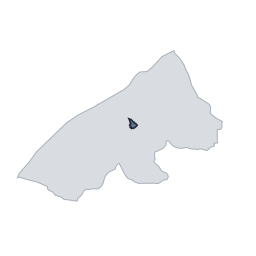 Kokoyah, Bong, Liberia (highlighted), rotated 108°
{"feature_id": "62588387B51807838510700", "entity_name": "Kokoyah", "entity_type": "district", "adm_level": 2, "iso_a3": "LBR", "parent_name": "Liberia", "parent_adm1": "Bong", "projection": "mercator", "projection_center": [-9.579, 6.517], "detail": "fine", "context": "in_parent", "style": "filled", "palette": "slate", "viewbox_px": 256, "rotation_deg": 108, "n_neighbors": 0, "source": "geoboundaries", "source_scale": "gbopen_adm2", "svg_char_len": 3319}
<svg xmlns="http://www.w3.org/2000/svg" viewBox="0 0 256 256"><g transform="rotate(108 128 128)"><path d="M40.3,108.3L42.6,106.4L45.9,100.2L50.6,94.3L54.9,90.8L58.3,87.2L62.0,84.4L67.2,81.1L75.2,72.6L77.0,71.6L78.3,65.7L80.3,58.2L82.6,55.8L88.0,54.5L89.3,53.1L91.2,47.8L92.5,41.7L92.6,40.3L94.7,40.2L98.4,38.8L100.5,39.4L101.4,41.2L101.9,42.7L113.0,38.9L114.0,38.1L114.6,38.2L116.0,41.7L116.8,41.5L117.4,40.4L118.2,40.4L119.0,40.8L119.9,42.4L121.3,43.9L123.7,44.9L125.2,46.3L125.1,50.0L125.7,53.6L126.7,54.5L127.3,56.6L127.5,59.0L128.1,60.2L128.5,62.6L128.3,65.2L128.7,67.0L130.5,70.1L131.6,74.0L131.6,76.8L131.0,79.7L129.8,82.4L127.7,85.3L127.6,86.4L128.8,87.2L130.6,87.3L132.2,86.7L136.1,88.1L138.2,90.0L140.0,92.3L141.6,93.5L142.3,95.0L145.1,94.6L148.4,93.2L149.0,92.5L150.0,92.9L152.1,93.0L153.5,90.4L154.7,87.4L157.2,84.2L158.5,83.0L158.8,80.9L158.9,78.3L159.8,75.9L161.9,74.7L164.1,74.7L165.3,75.2L166.0,77.4L167.8,79.1L169.3,80.3L170.1,80.8L171.4,82.1L172.6,86.6L177.4,101.1L177.2,105.1L176.2,107.7L176.2,110.3L175.9,112.8L172.9,117.0L164.3,125.5L165.0,126.2L167.0,127.2L169.1,127.7L170.9,127.4L173.0,129.5L175.3,132.2L177.8,133.6L181.4,134.8L184.5,134.9L187.1,134.5L190.8,135.0L194.8,137.2L196.2,140.8L197.2,144.0L198.6,145.6L198.7,148.3L201.6,150.7L205.6,151.2L210.8,154.1L212.1,153.9L212.7,153.6L213.4,154.1L214.7,162.2L215.7,166.6L215.1,168.3L214.4,169.7L214.4,176.3L212.0,180.0L211.7,184.2L211.0,185.5L208.5,186.7L208.4,189.9L207.8,193.7L207.5,197.8L208.2,208.5L208.3,216.4L209.5,217.9L204.6,217.3L190.1,211.2L179.0,207.7L141.7,187.8L131.4,179.8L119.4,167.9L92.9,143.9L86.8,140.1L79.2,138.2L74.5,136.2L71.1,134.0L68.4,127.3L61.8,123.3L49.5,117.7L40.3,108.3Z" fill="#d9dde1" stroke="#a8b0b8" stroke-width="1"/><path d="M118.9,130.0L119.0,129.9L119.5,129.6L119.8,129.4L119.7,129.1L119.8,129.1L119.9,128.9L120.2,128.8L120.3,128.7L120.6,128.6L120.8,128.5L121.1,128.3L121.2,128.2L121.5,127.9L121.8,127.7L122.1,127.6L122.4,127.5L122.5,127.4L122.4,127.2L122.5,127.1L122.4,127.0L122.5,126.9L122.9,126.7L123.0,126.6L123.2,126.8L123.3,126.8L123.5,127.0L123.8,127.0L124.0,127.2L124.1,127.3L124.2,127.2L124.4,127.1L124.6,127.1L124.8,127.2L125.0,127.3L125.1,127.2L125.1,126.9L125.3,126.7L125.5,126.5L125.8,126.5L126.0,126.4L125.9,126.3L125.9,126.2L125.8,125.9L125.7,125.9L125.8,125.7L126.0,125.7L126.1,125.8L126.3,125.8L126.3,126.0L126.5,126.1L126.8,126.1L126.8,125.8L126.8,125.7L126.8,125.4L127.1,125.2L127.3,125.0L127.4,124.7L127.0,124.7L126.9,124.5L126.9,124.3L126.7,124.2L126.8,123.5L126.8,123.4L126.7,123.2L126.7,122.9L126.7,122.7L126.4,122.5L126.1,122.4L125.8,121.8L125.7,121.8L125.5,121.6L124.9,121.3L124.6,121.2L124.3,120.9L123.8,120.6L123.6,120.5L123.5,120.4L123.1,120.2L122.5,120.1L122.3,120.4L122.2,120.8L121.8,121.0L121.9,121.3L121.7,121.5L121.7,121.9L121.6,122.1L121.6,122.3L121.4,122.6L121.1,123.0L121.0,123.4L121.1,123.5L120.9,123.6L121.0,123.7L120.9,123.8L121.0,124.0L120.8,124.1L120.6,124.5L120.5,124.8L120.3,125.3L120.2,125.4L120.2,125.6L120.1,125.8L119.9,126.0L119.8,126.3L119.7,126.4L119.7,126.5L119.5,126.8L119.4,126.9L119.3,127.1L119.2,127.3L119.1,127.5L118.9,127.7L118.9,127.8L118.9,128.0L119.0,128.2L119.1,128.3L119.2,128.5L119.3,128.5L119.2,128.6L119.2,128.8L119.0,129.1L119.0,129.3L119.0,129.5L118.9,129.7L118.9,129.8L118.9,130.0Z" fill="#64748b" stroke="#1e293b" stroke-width="1.5"/></g></svg>